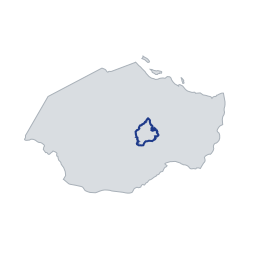 Iringa, Iringa, United Republic of Tanzania shown in context, rotated 300°
{"feature_id": "72390352B92646008536074", "entity_name": "Iringa", "entity_type": "district", "adm_level": 2, "iso_a3": "TZA", "parent_name": "United Republic of Tanzania", "parent_adm1": "Iringa", "projection": "robinson", "projection_center": [35.361, -7.564], "detail": "fine", "context": "in_parent", "style": "outline", "palette": "blue", "viewbox_px": 256, "rotation_deg": 300, "n_neighbors": 0, "source": "geoboundaries", "source_scale": "gbopen_adm2", "svg_char_len": 7474}
<svg xmlns="http://www.w3.org/2000/svg" viewBox="0 0 256 256"><g transform="rotate(300 128 128)"><path d="M100.6,176.5L98.3,175.1L96.2,174.3L94.5,173.4L93.8,172.5L92.2,172.1L90.8,172.0L89.5,171.1L86.9,170.8L86.6,170.3L86.6,169.1L86.1,168.7L85.2,168.4L84.2,168.4L83.5,168.6L83.2,168.5L82.3,167.8L81.5,166.9L81.2,165.4L80.0,164.5L78.6,163.7L74.8,163.8L74.2,163.6L73.3,162.9L72.2,161.6L71.4,160.2L70.6,158.3L69.8,155.8L65.4,145.5L65.0,143.6L64.1,141.5L62.7,138.8L61.2,136.9L59.2,135.1L56.9,133.3L55.6,132.1L53.2,127.3L52.7,125.1L52.4,122.8L52.5,121.8L54.0,118.8L54.1,118.0L54.0,116.8L53.2,114.4L52.3,111.5L50.4,106.2L50.1,104.9L50.2,103.9L51.2,98.5L51.2,97.7L55.6,97.8L58.8,95.5L61.6,92.0L62.2,90.5L63.3,88.2L64.5,87.1L64.9,86.3L65.5,84.1L67.0,82.5L68.4,81.4L68.1,80.5L68.3,80.2L69.1,79.6L70.6,79.1L70.9,77.9L70.9,76.6L70.7,75.8L70.7,75.0L70.5,74.5L69.5,74.4L68.0,73.7L66.8,73.4L65.9,73.0L65.6,72.7L65.5,71.9L66.2,69.9L65.5,69.0L67.0,65.6L67.3,65.2L67.9,65.2L68.8,64.8L69.6,64.6L70.2,64.8L70.7,64.6L71.2,64.2L71.5,63.1L71.8,61.1L71.7,59.6L71.0,58.3L70.8,56.5L71.1,54.0L70.9,51.9L70.2,50.3L69.5,49.3L68.4,48.8L66.6,46.3L66.1,45.1L66.2,44.3L66.8,44.0L67.9,44.1L69.0,43.8L69.9,43.1L70.9,42.9L71.4,43.0L115.3,43.0L166.7,75.4L166.9,75.8L167.3,78.6L167.2,79.6L166.4,81.2L166.2,82.0L166.2,82.6L166.4,82.8L167.0,82.9L167.6,83.3L167.8,83.6L168.3,84.8L168.8,85.4L188.3,101.4L188.8,101.6L188.5,102.9L187.4,106.2L187.3,107.5L186.9,109.1L186.5,110.2L185.3,114.7L184.4,116.4L183.1,120.4L182.9,123.5L183.6,125.6L183.8,127.6L185.3,129.6L186.5,130.3L187.3,131.2L188.8,133.2L189.6,135.3L192.2,136.3L193.2,138.6L192.8,140.2L191.6,141.5L190.5,143.7L189.6,146.5L189.6,150.7L190.2,150.1L191.5,151.1L191.7,154.3L190.3,158.0L189.9,159.7L189.8,161.2L190.8,165.6L192.3,167.8L192.2,168.5L191.8,169.1L194.5,173.0L194.2,176.5L195.2,179.2L195.7,181.5L196.3,183.3L196.4,184.5L195.6,185.9L197.5,186.2L198.7,187.3L199.2,188.4L200.6,188.3L201.3,189.1L202.4,189.7L204.8,191.5L205.5,192.4L205.9,193.2L199.2,198.9L196.8,200.3L195.1,201.0L193.3,201.4L191.5,202.3L189.9,203.7L187.8,204.4L185.2,204.4L182.5,205.4L178.3,208.3L175.9,206.7L173.9,206.2L171.7,206.2L170.4,206.4L169.9,206.8L169.4,207.8L169.1,209.4L167.6,211.0L165.1,212.5L162.7,213.0L160.6,212.6L159.1,212.0L158.3,211.1L157.2,210.7L155.7,210.8L154.3,211.4L153.0,212.6L150.8,213.1L147.8,212.9L146.3,212.4L146.0,211.4L144.7,210.3L142.4,209.0L140.6,208.9L139.5,210.2L138.4,211.0L137.5,211.3L136.7,211.3L135.5,211.0L132.2,210.9L129.1,210.9L128.8,209.1L128.1,208.0L127.6,207.3L126.5,207.2L126.2,206.6L125.8,205.5L125.3,204.6L124.6,203.8L124.2,203.0L124.0,202.3L124.1,201.6L124.8,199.7L125.0,198.4L124.9,197.1L124.6,195.8L123.8,194.2L123.9,193.7L123.7,192.6L123.6,191.9L123.8,190.9L123.6,189.7L123.0,187.0L123.0,186.3L122.3,185.0L120.3,182.0L120.2,181.6L116.9,178.5L115.6,177.8L115.1,178.4L115.0,179.0L115.1,179.9L115.0,180.4L114.9,180.7L114.1,180.6L113.6,180.5L112.4,179.7L111.5,179.5L109.1,179.6L108.2,179.8L107.6,179.6L106.3,178.2L104.9,177.9L103.5,177.9L101.3,176.3L100.6,176.5ZM192.6,125.1L193.6,128.5L193.5,129.1L192.7,129.5L192.3,129.6L191.9,129.0L191.5,127.9L191.0,128.1L190.0,126.8L189.0,126.7L188.2,125.1L188.5,123.7L188.3,121.3L189.4,120.0L189.9,117.9L190.6,119.4L190.8,121.6L191.7,124.2L192.6,125.1ZM197.8,105.0L197.8,105.8L197.6,106.5L197.7,108.9L197.6,110.5L196.8,112.7L196.1,113.5L195.5,113.3L195.1,112.9L194.7,112.3L195.5,108.3L195.1,105.3L196.6,105.6L197.8,105.0ZM195.5,153.7L194.7,154.0L194.4,153.8L194.0,153.1L194.8,152.5L195.6,151.4L197.4,149.8L198.2,148.5L198.1,149.8L197.1,152.5L196.2,152.7L195.5,153.7Z" fill="#d9dde1" stroke="#a8b0b8" stroke-width="1"/><path d="M130.8,137.0L130.1,136.8L130.1,136.7L129.9,136.7L129.6,136.6L129.4,136.7L129.2,136.7L128.9,136.5L128.6,136.4L128.4,136.5L128.2,136.8L127.9,136.9L127.8,137.0L127.7,137.1L127.5,137.3L127.4,137.3L127.1,137.6L126.9,137.6L126.5,137.9L126.5,138.1L126.2,138.3L125.9,138.5L125.7,138.8L125.4,138.9L125.2,139.1L125.0,139.3L124.9,139.5L124.7,140.0L124.5,140.3L124.4,140.3L124.3,140.6L124.2,140.5L124.2,140.8L123.9,141.0L124.0,141.1L123.7,141.3L123.5,141.5L123.2,141.6L123.0,141.8L122.8,141.9L122.7,141.9L122.7,142.0L122.5,142.3L122.4,142.4L122.4,142.5L122.2,142.6L121.9,142.7L121.9,142.9L121.7,143.0L121.7,143.3L121.6,143.2L121.4,143.2L121.2,143.3L120.9,143.4L120.7,143.3L120.4,143.5L120.3,143.4L120.0,143.6L119.9,143.4L119.9,143.5L119.8,143.4L119.5,143.5L119.4,143.5L119.1,143.4L119.0,143.5L118.9,143.5L118.6,143.8L118.4,144.0L118.4,146.1L119.4,147.6L119.4,148.0L119.6,148.2L119.7,148.4L120.6,149.8L120.8,149.9L121.1,149.9L121.5,149.8L121.9,149.7L122.8,149.5L123.6,149.7L124.0,149.7L124.4,149.7L124.8,149.8L125.2,150.0L125.3,150.0L125.4,150.3L125.7,150.6L126.2,151.3L126.4,151.6L126.7,151.9L127.1,152.1L127.5,152.5L127.6,152.8L127.6,153.0L127.8,153.3L128.0,153.7L128.0,153.8L128.2,154.1L128.3,154.4L128.4,154.5L128.5,154.8L128.6,155.0L128.8,155.3L128.8,155.5L129.0,155.6L129.3,155.7L129.7,155.9L130.2,156.2L130.4,156.3L130.7,156.5L131.0,156.5L131.3,156.6L131.5,156.4L131.9,156.4L132.0,156.5L131.9,156.7L132.0,156.9L132.0,157.0L132.0,157.3L132.1,157.6L132.2,157.8L132.2,157.7L132.3,157.4L132.6,157.3L132.7,157.1L132.9,157.0L133.0,156.7L133.1,156.3L133.2,156.2L133.4,156.1L133.5,156.2L133.8,156.3L133.9,156.2L133.9,156.3L134.0,156.3L134.3,156.2L134.5,156.2L134.7,156.4L134.9,156.4L134.9,156.5L135.0,156.8L135.1,157.2L135.1,157.3L135.4,157.4L135.5,157.5L135.8,157.6L136.1,157.8L136.4,157.9L136.6,157.9L136.8,157.9L137.0,157.9L137.1,157.6L137.3,157.4L137.5,157.4L137.6,157.2L137.9,156.7L137.9,156.3L138.0,156.2L138.5,155.9L138.6,155.6L138.5,155.4L139.1,155.1L139.1,154.9L139.4,154.8L139.6,154.7L139.7,154.8L139.8,154.6L140.0,154.5L140.0,154.3L140.3,154.2L140.2,153.7L140.1,153.4L140.3,153.2L140.5,152.9L140.8,152.5L141.0,152.2L141.1,151.9L141.0,151.7L141.0,151.4L140.9,151.4L140.9,151.2L141.0,150.9L140.9,150.9L140.7,150.9L140.5,150.7L140.4,150.6L140.1,150.8L140.1,150.7L140.0,150.8L139.9,150.7L139.9,150.8L139.5,151.3L139.4,151.6L139.2,151.8L139.1,151.7L138.9,151.6L138.7,151.5L138.7,151.3L138.8,151.1L138.7,150.9L138.4,150.7L138.1,150.7L137.9,150.6L137.9,150.4L137.8,150.2L137.8,149.8L137.8,149.7L138.2,149.8L138.5,149.7L138.5,149.4L138.4,149.3L138.5,149.2L138.7,148.9L138.8,148.9L139.0,148.7L139.4,148.5L139.6,148.4L139.8,148.4L139.9,148.5L140.2,148.5L140.4,148.5L140.5,148.5L140.9,148.6L141.1,148.7L141.4,148.6L141.8,148.3L141.9,148.1L142.2,147.3L142.1,146.9L142.0,146.7L142.3,146.5L142.4,146.4L142.4,146.1L142.5,145.8L142.5,145.6L142.6,145.4L142.8,145.3L142.8,145.2L143.3,144.7L143.6,144.5L143.7,144.4L143.9,144.2L144.1,143.9L144.3,143.7L144.9,143.6L145.1,143.4L145.6,143.2L146.0,142.3L146.0,142.1L146.3,141.2L146.4,140.9L146.4,140.7L146.0,140.7L145.9,140.6L145.7,140.5L145.7,140.3L145.2,140.2L145.1,140.3L145.0,140.2L144.8,140.2L144.7,140.3L144.5,140.2L144.3,140.1L144.1,140.1L143.8,140.2L143.4,140.4L143.0,140.1L142.6,140.0L142.4,139.9L142.2,139.9L141.9,139.7L141.7,139.6L141.3,139.7L141.2,139.7L141.2,139.8L141.1,139.7L140.9,139.7L140.7,139.6L140.4,139.7L140.2,139.6L139.9,139.5L139.7,139.5L139.7,139.4L139.4,139.2L139.2,139.2L138.7,138.7L138.6,138.8L138.4,138.7L138.2,138.6L137.9,138.4L137.7,138.3L137.2,138.4L137.0,138.2L136.8,138.0L136.7,137.6L136.5,137.4L136.4,137.4L136.2,137.4L135.9,137.3L135.9,137.2L135.6,137.2L135.4,137.1L134.7,137.2L134.2,137.2L133.9,137.2L133.5,137.6L133.4,137.8L133.2,137.9L133.1,138.1L132.7,138.0L132.5,137.9L132.0,137.9L131.8,137.7L131.6,137.7L131.3,137.4L131.2,137.3L130.9,137.1L130.8,137.0Z" fill="none" stroke="#1e3a8a" stroke-width="2"/></g></svg>